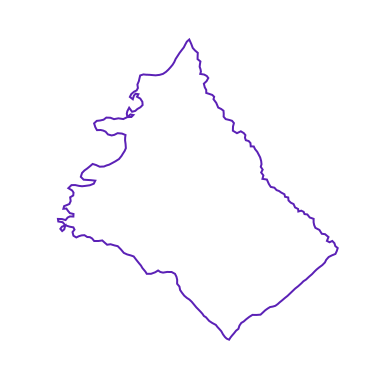 outline of Lagoa dos Patos, Minas Gerais, Brazil, rotated 82°
{"feature_id": "56859067B26771280465753", "entity_name": "Lagoa dos Patos", "entity_type": "district", "adm_level": 2, "iso_a3": "BRA", "parent_name": "Brazil", "parent_adm1": "Minas Gerais", "projection": "orthographic", "projection_center": [-44.664, -17.012], "detail": "fine", "context": "isolated", "style": "outline", "palette": "violet", "viewbox_px": 384, "rotation_deg": 82, "n_neighbors": 0, "source": "geoboundaries", "source_scale": "gbopen_adm2", "svg_char_len": 4061}
<svg xmlns="http://www.w3.org/2000/svg" viewBox="0 0 384 384"><g transform="rotate(82 192 192)"><path d="M69.4,227.1L72.4,228.3L74.8,229.2L78.0,231.1L81.5,231.1L83.7,232.7L84.6,235.4L86.6,238.5L89.2,240.3L91.9,237.7L88.5,236.1L86.8,234.2L87.7,231.5L90.0,233.2L92.3,230.2L95.8,228.6L99.0,228.8L100.9,231.3L102.2,234.5L103.8,236.9L104.2,240.2L99.8,242.5L103.0,244.8L105.4,245.7L108.8,245.5L110.2,249.9L108.8,254.6L109.0,259.1L107.1,262.5L106.4,266.5L108.1,269.5L108.4,273.1L108.3,276.4L110.4,279.4L114.4,278.7L117.5,277.5L117.9,273.8L118.8,271.4L120.2,269.2L123.3,267.2L124.8,263.7L124.6,261.0L123.4,257.5L124.4,253.2L126.3,249.9L128.7,250.6L131.6,251.1L135.2,251.1L139.4,251.4L142.0,253.0L144.2,254.9L146.5,256.8L149.2,259.7L151.0,263.7L152.2,266.9L153.4,270.2L153.8,272.9L154.5,275.6L154.1,279.9L151.9,283.3L150.4,286.5L152.2,289.3L154.2,292.6L155.7,295.5L157.8,298.2L161.5,300.0L164.7,297.6L165.4,294.4L166.2,290.5L167.3,286.2L170.1,288.1L171.1,292.2L171.1,297.0L171.0,300.1L170.2,303.1L168.9,306.6L168.4,310.4L171.0,313.9L173.8,310.5L176.1,309.4L178.9,310.1L180.3,313.4L184.1,313.4L186.8,315.1L187.6,318.1L188.2,320.6L190.7,321.7L190.9,318.7L193.3,317.5L195.9,315.9L197.3,312.4L199.8,312.9L199.2,316.3L200.0,318.7L202.2,321.1L200.7,324.5L200.0,328.5L202.6,328.5L203.9,324.3L207.3,322.1L209.3,318.0L210.5,314.4L212.9,313.6L215.1,315.9L218.8,315.5L220.9,312.9L220.0,310.0L219.6,307.3L219.8,304.5L222.0,302.0L222.5,299.4L224.1,297.4L226.9,295.7L227.5,291.3L227.5,287.6L230.0,285.5L232.4,283.4L232.4,279.9L234.1,276.2L235.3,273.1L239.1,270.3L242.8,268.0L244.8,264.9L246.3,261.4L247.7,258.7L251.6,256.5L255.3,254.3L257.7,252.8L260.4,251.7L264.4,249.2L266.7,248.2L267.3,243.9L266.4,239.7L265.0,236.5L266.8,234.5L267.8,231.9L267.7,227.8L268.4,223.3L270.7,220.2L273.8,219.2L276.8,218.9L280.8,219.5L283.9,217.6L287.4,217.4L290.1,216.1L293.6,214.1L296.2,211.8L298.1,209.6L300.6,207.6L303.2,206.0L306.8,203.8L309.5,201.8L311.7,200.2L314.1,198.6L316.4,197.5L318.0,195.6L322.0,193.0L324.5,190.2L326.9,186.9L329.2,185.6L331.5,184.0L333.9,182.4L337.3,181.1L340.1,179.6L342.0,178.1L343.4,175.8L341.5,174.2L339.8,172.4L337.8,170.1L335.4,167.6L334.0,165.1L330.9,163.6L328.5,161.4L327.4,158.8L325.6,156.1L323.6,152.6L322.1,149.2L322.7,145.6L323.0,141.2L321.2,138.6L319.3,135.9L317.9,133.2L316.8,130.7L316.7,127.9L316.3,125.3L315.0,122.8L313.5,120.6L312.0,118.1L309.9,114.8L308.2,111.9L306.4,109.4L304.1,106.2L302.0,103.3L300.1,100.0L297.6,96.3L295.9,94.1L294.6,91.3L292.2,87.9L290.1,84.6L287.7,81.6L286.1,79.4L284.5,76.8L282.5,73.1L280.3,70.2L277.8,68.5L275.4,65.7L274.2,62.2L273.3,58.6L270.7,56.9L267.8,55.5L265.5,57.6L262.5,58.1L260.0,59.9L260.9,62.8L259.2,65.2L255.6,63.1L252.3,66.1L251.4,69.3L247.3,71.1L244.7,74.8L241.9,75.6L238.9,75.8L235.5,75.3L233.6,79.0L230.3,80.9L229.5,83.7L227.2,84.2L225.7,86.4L226.1,89.4L223.6,89.3L221.6,92.1L218.1,93.1L216.3,95.7L213.8,97.6L210.8,97.5L209.7,100.5L207.1,100.8L205.0,103.7L203.1,105.7L201.9,108.0L199.2,109.8L197.9,113.3L194.7,114.8L190.1,116.1L188.8,120.4L185.5,119.0L182.3,120.8L179.7,118.9L176.6,120.4L174.2,119.3L171.0,119.2L167.2,119.7L164.1,120.8L161.3,121.8L158.3,123.6L155.5,124.5L155.0,127.5L151.7,127.3L149.4,128.8L148.2,131.5L145.6,132.0L143.1,131.2L140.9,132.5L138.7,135.2L140.0,139.3L137.0,143.0L132.9,142.3L129.6,140.9L127.1,142.4L125.9,144.9L124.5,148.5L121.8,150.2L119.0,149.7L115.9,149.5L113.9,151.5L112.0,154.3L107.1,155.6L103.1,157.8L100.8,156.8L98.7,158.4L97.1,161.6L95.9,164.1L92.9,163.7L90.1,164.8L86.4,165.2L84.2,162.1L81.4,160.0L79.2,161.2L77.4,163.6L76.2,167.4L74.0,166.4L71.6,166.5L69.1,167.0L66.7,166.4L63.9,165.5L61.2,168.0L57.6,167.4L55.0,166.9L52.3,169.3L49.5,171.2L45.4,172.1L40.6,173.5L42.4,176.2L45.1,178.2L47.7,180.0L50.1,182.5L52.6,185.0L55.6,187.6L58.0,189.7L60.9,191.5L63.3,193.5L65.4,195.8L67.5,198.3L69.4,201.0L71.0,204.3L71.5,207.8L71.4,211.8L70.6,215.4L70.0,218.0L69.5,220.9L68.8,223.8L69.4,227.1ZM108.8,245.5L106.6,242.2L107.6,239.4L109.3,241.6L108.8,245.5ZM207.3,322.1L208.3,325.7L210.2,327.5L212.6,326.0L211.2,323.7L207.3,322.1Z" fill="none" stroke="#5b21b6" stroke-width="2"/></g></svg>